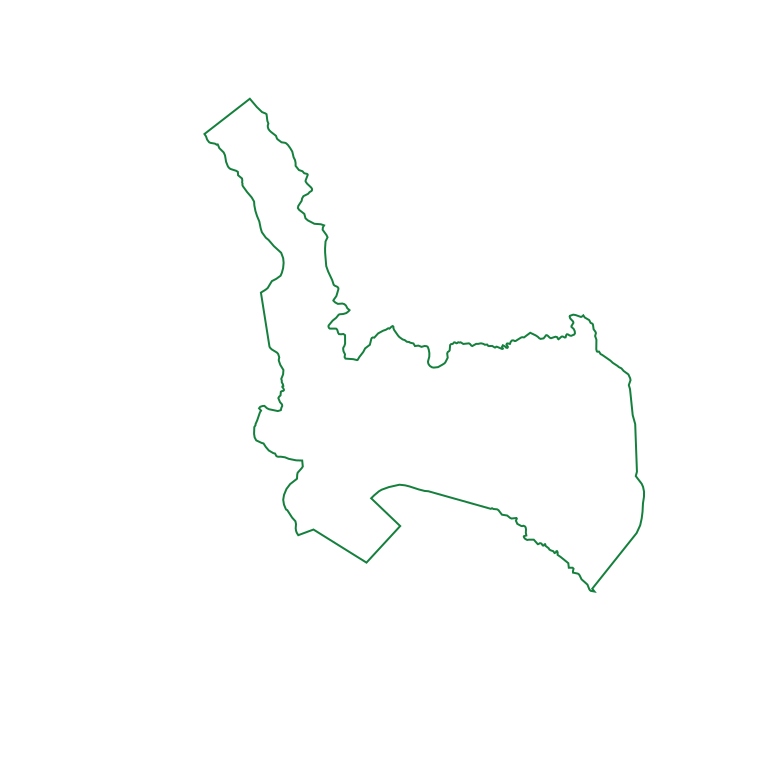 Marcala, La Paz, Honduras (Robinson projection), rotated 126°
{"feature_id": "27666195B78924696380449", "entity_name": "Marcala", "entity_type": "district", "adm_level": 2, "iso_a3": "HND", "parent_name": "Honduras", "parent_adm1": "La Paz", "projection": "robinson", "projection_center": [-88.047, 14.123], "detail": "fine", "context": "isolated", "style": "outline", "palette": "green", "viewbox_px": 768, "rotation_deg": 126, "n_neighbors": 0, "source": "geoboundaries", "source_scale": "gbopen_adm2", "svg_char_len": 6156}
<svg xmlns="http://www.w3.org/2000/svg" viewBox="0 0 768 768"><g transform="rotate(126 384 384)"><path d="M211.3,263.1L213.4,263.6L214.0,264.1L215.6,269.5L216.7,271.7L219.6,273.7L220.4,273.4L221.5,271.9L222.3,267.7L223.2,266.7L227.0,266.4L227.6,265.9L228.0,262.8L229.2,260.7L230.8,259.3L232.2,259.2L235.0,260.9L235.6,262.2L235.8,264.5L236.4,265.3L237.4,265.3L239.5,264.5L240.2,265.2L240.5,267.3L241.3,268.2L245.2,269.1L245.2,270.0L244.4,271.1L244.4,271.8L245.0,273.1L248.8,275.8L249.1,277.2L248.7,279.8L248.8,280.9L249.2,281.5L253.3,281.7L255.5,283.9L255.7,285.5L255.4,287.0L255.5,289.8L256.6,295.8L264.0,298.1L264.9,299.7L265.8,300.4L271.8,302.8L272.4,303.5L272.6,304.9L273.4,306.0L275.2,306.3L277.6,305.7L278.4,307.7L279.1,308.3L280.1,308.1L281.2,305.5L282.2,305.4L282.8,306.4L282.5,308.3L282.8,310.6L284.5,310.4L285.5,308.6L286.2,309.0L287.5,314.6L287.8,315.1L288.9,315.3L289.4,316.0L289.6,318.8L291.7,321.5L291.9,322.4L291.4,323.6L293.0,325.6L293.1,327.0L293.8,328.9L294.6,330.0L296.0,331.2L297.3,333.0L301.4,334.9L301.6,336.0L301.1,337.7L301.2,339.2L305.0,343.4L305.2,346.5L306.0,347.1L306.6,348.5L307.8,348.8L308.5,349.4L308.6,350.9L309.0,351.7L311.2,352.0L312.3,353.2L313.6,353.4L318.1,350.7L319.0,350.6L320.7,351.2L322.2,350.8L325.3,347.9L330.4,347.1L331.7,347.2L334.0,348.1L338.6,350.2L341.5,353.4L342.3,355.1L342.4,357.6L341.8,359.5L340.9,360.8L339.8,361.7L335.3,363.4L332.3,365.5L329.9,368.0L328.5,370.0L328.2,370.8L328.5,372.0L329.4,373.5L331.9,375.5L332.7,378.7L335.1,381.3L333.9,384.0L335.2,387.1L335.2,388.2L336.4,390.4L336.3,393.1L337.0,395.1L337.0,399.1L336.6,401.0L334.4,407.4L333.4,409.1L332.2,410.0L332.0,411.0L333.1,411.6L336.0,412.1L336.4,413.3L339.1,414.4L341.3,416.0L346.5,418.5L352.2,419.1L352.8,420.3L353.9,420.9L354.9,420.8L360.6,418.5L366.3,420.2L370.3,419.6L376.6,419.8L380.0,419.5L380.5,419.9L382.0,423.5L386.1,430.1L385.4,431.7L382.9,433.0L381.4,435.9L379.6,437.7L378.4,438.3L376.6,438.4L374.2,439.2L367.4,444.2L367.4,446.2L369.1,448.1L370.1,449.8L369.6,451.1L367.7,453.6L367.3,455.0L367.8,456.0L371.0,460.3L371.0,461.4L370.3,462.6L369.2,463.2L362.9,462.8L358.5,461.6L354.6,461.4L353.6,460.8L351.4,458.2L348.8,456.2L346.0,455.4L344.5,455.3L344.3,458.1L342.9,460.9L342.7,463.0L343.4,465.0L346.3,468.4L346.7,471.5L346.3,474.0L345.5,474.2L340.9,474.2L334.4,476.5L333.3,477.2L332.8,478.7L333.4,481.8L333.3,483.0L330.4,487.0L325.9,495.2L322.6,500.0L312.4,508.8L308.9,511.4L303.0,515.1L298.5,515.9L297.3,518.1L295.3,524.3L293.2,525.5L290.9,525.7L291.9,529.0L295.3,534.5L296.4,541.8L296.1,544.9L293.2,548.5L293.0,554.9L292.3,557.1L290.3,558.0L284.2,558.3L282.1,559.3L279.4,559.6L274.8,557.2L272.5,557.0L270.4,556.1L269.4,556.2L268.5,556.9L267.9,558.2L267.1,564.1L266.3,566.4L265.3,567.1L259.7,568.6L259.3,569.0L259.3,569.9L260.4,572.4L259.8,575.0L260.9,578.6L259.5,583.7L257.2,585.4L255.2,587.5L253.7,590.4L249.9,594.8L248.3,598.5L247.1,602.2L246.8,604.5L247.0,605.8L248.7,609.0L248.6,613.8L248.4,614.8L246.7,617.3L246.5,623.6L246.2,625.7L245.5,627.6L244.4,629.0L243.3,629.9L241.3,630.6L239.7,633.0L234.8,637.6L234.8,639.0L235.7,642.5L234.7,649.6L232.1,660.2L287.3,676.2L288.3,673.5L290.2,670.8L291.2,667.6L290.9,666.1L288.9,662.0L288.8,660.1L288.2,659.8L287.9,659.3L290.0,655.8L290.9,649.8L292.5,647.0L297.1,642.3L299.7,638.2L300.2,636.6L300.3,634.7L298.4,628.9L298.3,626.9L300.9,624.7L301.2,619.7L302.7,618.2L304.3,617.3L305.1,616.2L306.2,615.6L306.9,614.5L309.2,607.5L310.8,600.8L312.8,596.3L315.7,593.9L319.6,589.7L322.7,585.5L325.8,580.4L330.5,575.3L333.0,572.0L335.1,565.6L335.3,562.1L337.2,554.1L338.3,544.3L341.5,539.5L345.0,536.4L349.6,533.7L354.1,532.0L357.2,531.3L362.3,533.0L366.7,535.2L374.7,534.5L377.3,535.2L382.4,537.3L421.1,498.6L421.6,497.6L422.0,495.2L421.5,489.0L421.9,487.3L424.0,484.4L426.4,483.3L427.1,482.6L429.5,479.1L431.8,473.6L435.5,471.3L440.3,470.1L441.2,468.8L442.7,467.7L443.6,465.7L444.8,464.3L445.7,464.8L446.2,464.5L446.7,462.8L447.6,461.4L448.6,461.4L450.0,462.6L450.9,462.9L454.1,461.0L455.9,461.4L457.5,461.2L459.8,457.5L460.5,454.5L461.6,453.4L463.4,453.1L465.8,452.1L468.3,454.0L472.0,462.2L472.4,464.5L472.0,467.9L473.1,469.2L475.1,470.7L477.1,470.8L477.8,467.8L479.9,467.7L488.0,465.2L491.8,464.4L493.0,463.7L495.1,463.6L500.7,459.8L503.3,457.2L504.7,454.2L503.6,448.4L502.9,446.5L504.4,442.7L505.5,438.1L505.0,433.0L504.3,431.2L505.5,428.9L505.5,428.1L505.1,426.9L503.5,424.8L501.5,421.0L500.5,417.0L497.4,410.2L494.0,405.2L498.5,401.2L500.4,401.1L506.5,401.7L508.2,401.0L511.8,398.7L520.1,401.1L526.3,401.2L532.5,399.7L536.9,397.5L540.3,394.1L542.8,390.1L543.1,389.4L542.9,388.1L546.1,379.8L547.1,375.0L549.1,372.8L552.7,370.6L554.5,368.8L555.6,367.2L556.7,364.5L543.2,355.5L538.8,293.2L489.4,287.4L484.0,327.2L479.8,326.5L473.7,325.0L470.8,323.7L464.6,319.5L456.4,312.3L453.6,307.4L451.9,303.2L448.9,294.0L446.6,288.2L444.7,285.1L422.2,224.2L421.0,223.6L420.8,222.0L418.9,218.8L418.8,217.2L420.4,211.8L418.0,207.0L418.2,203.2L417.9,201.8L414.6,198.1L414.9,197.4L417.1,196.9L418.8,193.9L418.2,189.5L417.7,188.6L416.8,188.0L416.5,187.0L416.4,186.0L416.8,185.1L418.2,183.6L420.9,181.9L422.9,179.8L424.8,181.3L425.3,181.2L425.9,180.3L426.3,178.8L426.0,176.5L424.6,175.1L421.9,171.3L423.2,165.4L422.7,164.9L421.4,164.5L420.7,163.5L420.6,162.7L421.3,160.8L421.2,160.2L420.5,159.8L419.3,159.9L418.9,159.4L420.0,158.0L420.1,154.2L420.7,153.0L420.6,151.5L419.8,148.7L420.5,146.7L419.6,146.1L417.9,146.2L417.5,145.6L418.2,144.5L420.2,143.1L420.1,139.7L420.6,129.6L424.0,126.5L421.8,123.4L422.0,122.1L424.4,121.1L425.5,120.2L423.5,115.8L423.4,114.6L423.8,113.3L425.9,109.4L426.7,101.5L429.3,97.4L429.7,96.4L429.8,95.1L428.2,91.8L427.2,95.2L356.1,92.0L354.1,92.4L347.7,93.7L341.3,96.5L335.3,99.8L328.4,104.3L322.4,107.4L318.3,110.3L315.0,113.9L313.3,116.8L310.5,126.2L306.3,127.8L268.8,157.2L263.0,164.5L243.5,182.0L241.0,185.3L236.0,186.8L234.7,188.2L232.6,191.9L232.6,197.8L231.8,201.1L232.3,204.1L232.1,205.5L232.4,211.5L232.0,214.5L232.2,224.5L232.5,226.3L231.4,229.1L232.5,230.4L232.5,231.0L231.1,232.7L223.3,238.2L221.1,241.4L218.2,242.5L217.5,243.6L216.5,246.6L213.2,249.8L212.7,250.8L213.1,252.8L211.7,255.5L212.2,260.7L211.3,263.1Z" fill="none" stroke="#15803d" stroke-width="2"/></g></svg>